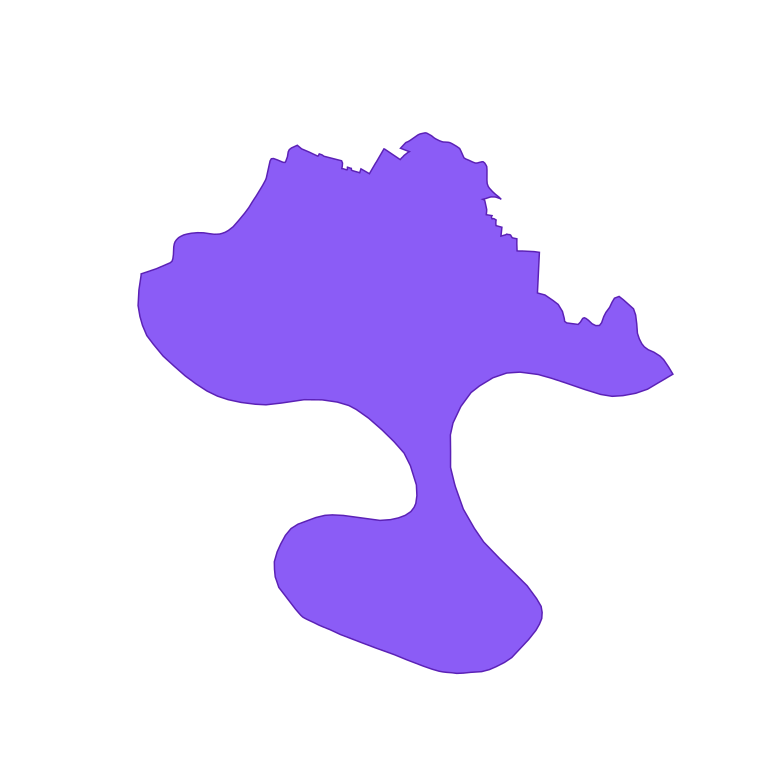 Binh Thanh, Hồ Chí Minh city, Vietnam (Equal Earth projection), rotated 111°
{"feature_id": "81297802B74412015974526", "entity_name": "Binh Thanh", "entity_type": "district", "adm_level": 2, "iso_a3": "VNM", "parent_name": "Vietnam", "parent_adm1": "Hồ Chí Minh city", "projection": "equal_earth", "projection_center": [106.708, 10.812], "detail": "fine", "context": "isolated", "style": "filled", "palette": "violet", "viewbox_px": 768, "rotation_deg": 111, "n_neighbors": 0, "source": "geoboundaries", "source_scale": "gbopen_adm2", "svg_char_len": 4515}
<svg xmlns="http://www.w3.org/2000/svg" viewBox="0 0 768 768"><g transform="rotate(111 384 384)"><path d="M630.5,376.8L630.6,376.6L630.7,376.3L631.0,374.5L631.3,372.0L631.6,368.0L631.9,363.6L632.4,358.5L632.6,353.0L632.7,346.3L633.5,334.9L633.5,310.9L633.4,296.3L633.0,277.1L633.3,264.1L633.3,246.2L633.0,236.8L632.4,229.7L631.7,225.9L630.7,222.0L629.2,217.0L628.1,212.4L625.4,206.2L622.1,199.7L617.5,189.7L612.9,183.3L607.7,178.0L600.7,171.7L600.3,171.4L593.6,166.7L570.7,157.4L559.6,153.9L552.5,152.8L547.6,152.7L546.3,152.7L545.4,153.0L540.6,154.5L535.3,157.6L529.7,164.6L521.1,178.0L514.1,193.8L505.4,213.8L495.8,234.3L486.4,247.9L472.4,265.1L454.5,280.4L451.3,282.8L438.0,292.0L423.1,297.7L407.7,303.8L395.6,305.6L377.4,304.2L360.9,299.7L360.5,299.5L354.2,295.7L351.8,294.3L350.1,293.0L339.2,284.6L329.8,273.4L326.9,267.2L324.2,261.3L323.1,256.9L322.1,252.8L319.9,243.6L319.8,242.9L319.5,239.2L318.7,230.9L317.9,215.0L317.2,194.8L316.1,178.0L314.4,169.8L313.7,166.5L309.2,156.7L302.4,145.6L294.4,136.1L286.3,129.7L271.3,117.8L266.2,124.3L261.1,131.6L259.0,136.3L258.2,140.4L257.6,143.3L257.3,149.7L256.0,154.4L254.0,157.8L250.4,161.8L245.8,165.6L237.3,169.6L229.4,173.8L224.4,178.0L219.6,190.7L218.0,195.9L221.3,199.6L226.0,200.4L231.5,200.8L237.6,202.5L242.3,203.0L248.8,202.8L252.1,203.8L253.6,207.2L253.2,211.3L251.2,216.1L250.4,219.1L250.4,220.8L251.6,222.0L255.8,222.8L258.8,224.1L261.5,235.3L260.8,237.8L258.2,239.2L252.3,243.4L247.3,249.9L245.5,256.0L243.2,265.6L244.0,273.0L244.0,273.4L205.4,286.1L206.6,291.3L210.0,301.7L211.7,306.2L212.0,307.5L205.4,310.3L200.8,312.0L201.4,315.5L201.5,316.8L200.3,318.3L199.6,319.2L199.5,320.1L200.1,322.3L200.1,322.6L200.0,323.0L201.1,323.9L202.0,325.1L204.0,327.8L195.4,330.1L196.0,336.2L193.9,337.2L191.8,337.9L190.7,338.1L190.3,340.4L190.4,341.2L190.7,341.8L191.1,342.2L190.3,343.1L189.7,343.5L189.0,343.6L188.1,343.5L189.3,349.2L186.2,350.0L184.4,350.6L183.0,351.5L176.9,355.5L176.4,356.0L176.3,356.5L176.2,358.0L174.5,355.6L172.1,352.7L171.0,351.2L169.6,347.4L169.4,346.1L169.3,342.1L169.6,340.7L168.3,343.7L167.0,347.8L165.5,351.6L163.4,355.8L162.2,357.5L159.9,359.5L156.7,361.0L153.0,362.4L147.2,364.6L144.2,366.0L143.1,367.2L141.6,369.2L141.0,371.2L141.3,372.0L143.1,374.6L144.3,376.2L145.0,378.0L145.0,380.8L144.7,384.8L144.6,388.4L144.2,390.4L138.8,395.8L137.0,397.8L136.1,401.4L135.3,406.3L135.1,408.2L135.1,409.3L135.3,410.6L136.2,413.5L136.8,415.3L137.0,416.8L137.0,419.7L136.7,422.9L136.5,424.3L136.2,425.6L135.3,428.3L135.1,429.3L134.5,433.6L134.5,434.4L134.8,435.6L136.0,437.5L137.6,439.9L139.2,441.5L147.2,446.9L149.1,448.4L150.5,449.9L151.1,450.3L158.0,453.1L158.0,446.9L158.0,443.6L159.2,444.6L163.3,447.1L165.6,448.0L166.7,448.6L168.7,449.3L164.5,467.4L164.5,468.3L179.5,470.7L180.7,471.0L192.9,473.0L191.4,482.6L195.5,482.4L195.6,484.0L196.1,489.8L196.0,490.7L195.9,491.1L194.4,491.8L194.6,493.0L194.6,494.6L194.7,495.8L195.2,495.7L196.2,495.3L196.9,495.0L197.3,495.3L197.5,496.0L197.6,498.1L197.7,499.4L198.0,500.6L195.6,501.0L192.6,501.9L190.8,503.6L192.9,521.7L192.3,524.0L192.4,526.9L194.5,527.1L195.0,527.6L194.7,532.0L194.3,536.9L194.0,545.2L192.2,550.5L196.8,555.0L199.1,556.4L201.6,556.6L206.4,555.6L211.4,555.5L212.6,555.8L213.2,557.6L213.0,563.9L213.1,568.0L214.1,569.9L216.6,570.3L223.9,569.2L233.9,567.7L235.3,567.7L235.9,567.7L237.7,567.9L242.2,568.5L252.7,570.4L255.3,570.9L256.9,571.3L261.7,572.3L267.7,573.4L274.5,575.3L284.0,578.5L291.3,581.2L296.4,584.3L299.3,586.7L299.4,586.8L300.4,588.0L301.3,589.0L302.9,591.2L304.0,593.6L305.1,596.3L306.3,601.2L307.5,606.6L309.6,612.4L312.3,617.9L314.6,621.6L316.6,624.4L319.3,626.9L321.0,628.2L323.7,629.4L326.0,630.0L328.3,630.0L331.4,629.4L338.6,627.0L342.7,626.0L345.3,625.9L347.4,627.0L358.2,638.1L368.2,650.2L369.6,649.7L384.0,646.5L398.9,641.7L408.5,636.0L411.0,634.1L415.8,630.5L423.8,622.8L429.6,613.5L437.1,600.2L442.4,586.7L447.7,572.4L451.2,559.8L454.0,546.7L455.0,535.1L454.5,524.7L454.5,524.1L453.2,515.8L452.4,510.7L449.0,496.9L445.7,486.7L438.4,472.7L427.3,453.0L421.0,436.2L417.6,421.1L416.7,409.4L416.7,409.0L417.7,400.8L421.4,386.2L427.6,369.3L434.2,354.1L441.3,340.5L450.8,330.1L466.6,317.6L476.4,313.3L484.1,311.5L488.4,311.7L493.5,313.2L499.0,317.1L503.8,322.5L508.3,329.3L512.8,338.9L521.3,374.9L524.7,385.3L527.8,392.1L533.1,399.8L545.7,414.1L552.3,419.0L560.6,421.8L570.5,423.1L579.0,423.6L589.2,422.7L596.3,419.8L603.1,416.4L606.5,413.5L611.6,409.3L625.8,386.1L628.1,381.9L629.8,378.6L630.5,376.8Z" fill="#8b5cf6" stroke="#5b21b6" stroke-width="1.5"/></g></svg>